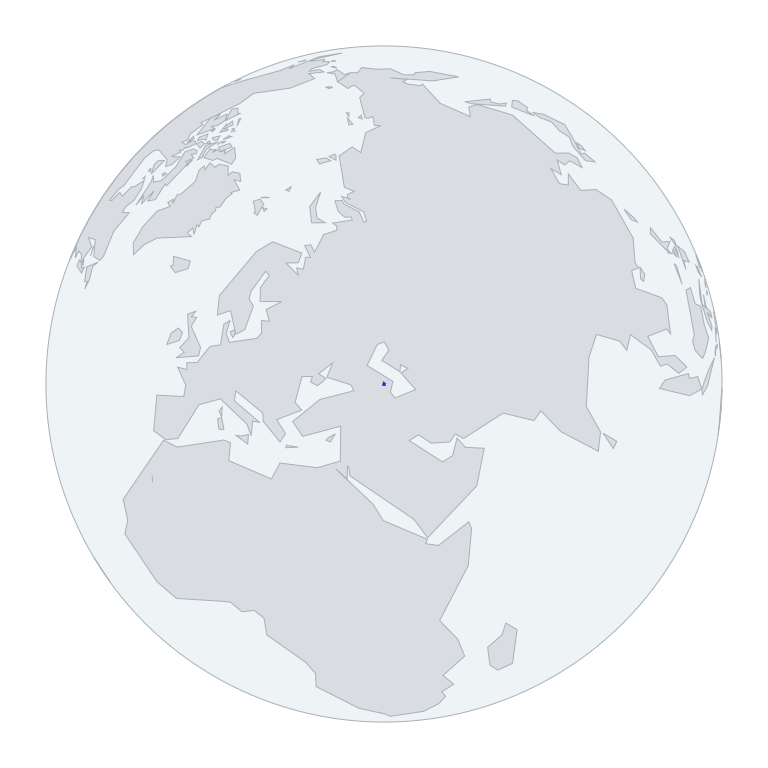 globe centered on Ağsu, rotated 334°
{"feature_id": "AZE-1693", "entity_name": "Ağsu", "entity_type": "District", "adm_level": 1, "iso_a3": "AZE", "parent_name": "Azerbaijan", "parent_adm1": "", "projection": "orthographic", "projection_center": [48.381, 40.536], "detail": "fine", "context": "on_globe", "style": "filled", "palette": "violet", "viewbox_px": 768, "rotation_deg": 334, "n_neighbors": 0, "source": "natural_earth", "source_scale": "10m", "svg_char_len": 11273}
<svg xmlns="http://www.w3.org/2000/svg" viewBox="0 0 768 768"><g transform="rotate(334 384 384)"><circle cx="384" cy="384" r="338" fill="#eef3f6" stroke="#a8b0b8"/><path d="M351.3,47.7L361.5,46.9L368.4,46.5L391.7,50.0L427.9,56.7L443.5,57.8L436.9,59.0L469.3,61.5L491.6,68.2L463.7,61.5L458.9,61.6L472.8,66.1L470.8,67.4L476.4,70.5L472.8,71.9L456.8,68.9L454.1,70.0L464.1,73.2L466.8,77.2L452.5,72.2L455.7,79.1L429.6,77.0L394.4,65.6L377.1,68.7L333.8,69.0L335.0,71.5L319.4,74.3L315.1,78.4L308.3,78.1L310.7,81.8L317.8,81.4L321.2,83.1L319.3,85.7L310.2,85.4L309.9,84.1L306.2,85.5L302.5,84.3L303.3,86.4L292.6,86.3L300.3,90.5L289.3,93.8L283.0,92.8L287.5,87.5L284.2,74.7L279.3,73.4L267.6,76.1L237.5,91.5L230.4,92.9L217.8,98.6L219.9,99.8L230.4,95.9L231.2,100.4L244.0,96.0L246.2,97.5L257.8,95.9L251.7,102.1L239.6,109.4L229.7,111.4L224.0,114.9L230.0,118.4L208.2,128.2L188.0,146.1L182.9,148.5L179.0,142.2L187.7,127.7L182.7,122.8L181.5,132.5L168.6,139.5L164.6,143.8L162.8,147.6L166.0,147.6L160.7,151.8L159.8,143.0L164.6,139.0L164.9,141.6L168.9,135.2L168.2,130.7L161.7,135.4L167.6,126.1L163.0,129.6L161.7,130.1L168.6,124.8L156.4,134.5L157.8,133.0L176.1,117.6L195.5,103.6L215.7,90.9L236.9,79.8L258.7,70.1L281.2,62.1L304.3,55.6L327.7,50.8L351.3,47.7ZM47.3,412.9L49.7,432.8L51.1,441.9L47.3,412.9ZM363.8,46.7L371.8,46.4L361.9,46.8L356.3,47.2L363.8,46.7ZM389.6,47.1L384.5,47.2L382.4,46.5L386.0,46.6L389.6,47.1ZM455.2,58.8L447.5,56.9L455.6,58.4L455.2,58.8ZM477.8,70.8L480.6,71.1L482.3,72.7L477.8,70.8ZM260.3,92.7L259.0,94.3L257.5,93.7L260.3,92.7ZM266.5,90.7L265.7,89.0L268.5,87.8L269.0,88.9L266.5,90.7ZM478.3,76.5L480.2,79.4L475.5,75.8L478.3,76.5ZM266.9,93.2L273.7,86.0L278.7,84.2L284.6,86.9L266.9,93.2ZM479.5,80.7L484.2,88.6L490.8,89.6L474.7,91.9L476.0,84.0L469.2,79.2L476.0,81.4L479.5,80.7ZM320.8,80.2L313.2,80.7L321.3,77.9L320.8,80.2ZM325.2,78.1L345.2,68.7L355.4,69.8L346.7,72.4L361.4,72.5L356.6,77.5L347.4,78.7L341.7,76.8L344.2,80.3L325.2,78.1ZM465.0,92.4L463.8,94.1L462.0,91.8L465.0,92.4ZM323.2,83.5L326.3,81.3L335.4,82.0L330.8,86.7L329.3,84.9L323.2,83.5ZM367.6,70.3L373.6,71.9L371.3,76.4L373.3,77.7L357.3,77.8L367.6,70.3ZM326.3,86.1L328.3,89.1L322.2,91.3L320.7,85.8L326.3,86.1ZM339.7,80.3L343.8,81.0L340.0,82.1L339.7,80.3ZM301.9,101.8L305.4,98.5L310.5,98.5L301.9,101.8ZM329.4,90.1L331.5,89.3L333.9,89.1L333.9,91.6L329.4,90.1ZM356.9,81.1L354.7,82.8L363.3,81.3L361.9,85.0L351.5,84.5L355.4,86.3L355.0,87.5L347.0,85.9L356.9,81.1ZM341.1,93.6L327.3,95.0L319.7,100.6L314.9,100.7L328.1,91.6L341.1,93.6ZM345.2,89.1L341.6,91.8L337.6,90.2L337.6,87.4L345.2,89.1ZM364.8,87.8L369.5,82.2L371.6,82.6L364.8,87.8ZM339.6,95.5L343.0,95.1L339.5,96.0L339.6,95.5ZM357.9,90.4L359.3,88.2L361.7,88.7L357.9,90.4ZM348.5,96.5L344.1,96.8L343.9,94.8L348.5,96.5ZM353.5,93.9L356.4,95.0L346.5,93.8L353.7,92.8L353.5,93.9ZM360.0,91.1L361.8,90.7L359.0,92.0L360.0,91.1ZM351.5,104.3L339.2,103.3L338.9,98.6L350.9,100.2L351.5,104.3ZM93.2,462.1L85.4,405.1L94.0,394.0L99.0,373.3L161.3,337.9L170.7,350.2L215.4,364.1L220.3,369.5L210.9,384.9L241.2,420.0L255.8,409.4L287.3,430.0L310.9,434.1L326.6,402.9L288.0,395.4L285.4,377.7L319.6,369.8L353.9,376.9L354.0,370.4L335.7,353.0L347.1,342.5L329.8,346.1L334.2,353.6L323.5,356.5L318.8,349.8L323.0,346.1L313.7,341.3L296.0,361.5L298.6,371.4L271.9,369.0L273.7,385.5L265.2,390.6L259.1,364.7L262.3,356.7L247.9,325.3L242.1,333.3L255.3,363.8L249.6,359.9L241.8,372.3L243.2,359.8L230.4,325.6L208.6,321.5L174.8,342.6L163.4,338.4L156.6,324.9L175.0,294.4L198.5,307.5L205.4,298.1L205.9,278.4L213.0,284.5L216.1,278.5L225.5,282.8L243.9,274.0L254.2,277.1L266.4,259.9L273.4,259.5L264.2,269.5L263.3,278.7L289.5,287.2L296.1,284.7L301.9,273.2L308.4,277.5L310.7,265.4L328.3,265.1L308.8,255.6L315.2,243.2L328.5,236.1L327.1,230.7L305.4,242.3L299.9,248.7L300.8,256.7L282.7,274.1L272.6,274.4L278.3,250.7L264.5,248.9L274.9,232.3L327.1,209.1L346.3,207.4L367.5,230.3L360.1,237.4L348.9,232.3L354.6,248.4L356.4,241.5L361.8,245.5L369.2,235.7L373.4,238.1L373.4,224.9L379.3,226.8L379.3,235.1L395.3,223.3L409.1,225.1L410.7,221.3L408.5,216.9L427.4,222.7L427.8,219.7L421.7,216.6L418.5,208.9L420.2,197.9L426.7,200.5L426.9,204.8L437.1,218.3L436.8,230.1L439.6,230.1L441.4,220.6L429.0,204.0L428.2,196.8L435.2,203.6L432.6,200.5L434.2,197.8L441.8,197.7L434.6,189.9L443.7,159.3L459.3,157.0L464.6,165.9L477.7,150.0L494.4,150.4L488.7,147.3L491.3,138.7L486.1,138.3L483.6,136.2L487.7,116.0L493.6,114.0L489.0,103.4L486.1,102.0L481.5,102.8L474.7,91.9L490.8,89.6L496.6,92.7L502.8,89.8L515.0,97.7L527.9,103.5L537.5,115.0L546.9,119.3L548.3,117.8L562.1,123.1L585.7,140.7L560.6,132.9L523.9,111.6L538.4,120.4L533.3,120.6L537.4,125.4L547.7,131.9L550.0,131.2L557.5,156.3L578.8,181.5L581.6,172.3L590.6,173.9L617.4,198.7L639.1,251.5L651.4,257.5L656.9,265.4L656.9,276.3L648.8,264.9L642.4,266.3L637.8,258.7L635.1,273.6L628.4,263.5L629.5,280.8L636.9,286.0L641.8,275.9L645.7,296.3L659.7,302.1L669.2,318.1L671.9,362.0L662.8,385.0L663.9,391.2L656.3,390.6L652.2,408.3L671.3,428.1L672.9,436.9L663.5,464.6L662.2,458.6L642.0,456.8L642.6,479.7L658.1,486.0L663.6,501.5L653.6,503.6L647.5,490.3L640.3,489.2L639.1,470.3L627.2,447.7L616.9,460.2L614.7,448.8L596.7,432.6L580.1,449.6L556.0,492.9L557.6,522.1L547.1,538.4L522.1,504.4L513.3,477.0L502.7,482.6L478.3,462.4L431.7,467.9L426.4,460.3L417.4,464.9L400.4,457.8L392.8,444.8L381.9,445.9L402.4,479.7L414.2,478.5L426.0,464.6L429.4,476.6L445.9,485.7L422.7,516.2L355.8,541.3L351.7,519.1L313.1,451.5L315.6,444.3L315.6,443.4L315.2,441.9L309.3,453.2L303.4,439.3L321.5,487.3L323.4,506.4L354.9,542.6L351.3,545.7L362.2,553.0L399.7,545.1L399.4,552.2L380.2,584.1L330.3,621.0L338.4,645.7L337.2,664.0L309.3,671.8L315.0,684.3L301.1,685.9L302.4,691.7L293.1,695.3L276.3,695.6L244.1,685.5L239.5,680.4L219.4,664.6L190.4,626.3L195.6,614.1L191.6,599.8L168.7,558.2L173.5,541.7L168.1,530.6L156.4,526.4L150.4,512.8L143.6,508.5L103.5,485.8L93.2,462.1ZM135.6,364.7L132.9,370.6L135.6,364.7ZM387.8,401.4L410.0,402.9L404.2,381.5L412.3,380.5L407.3,373.9L403.7,380.0L392.3,361.8L403.3,355.7L402.8,346.3L395.3,345.5L376.9,359.9L393.1,385.5L386.2,394.1L387.8,401.4ZM168.7,140.0L168.6,140.9L165.7,145.2L165.1,144.0L168.7,140.0ZM165.2,160.9L156.7,167.3L162.3,161.6L159.7,160.8L168.3,148.4L180.7,149.1L173.5,150.7L165.2,160.9ZM183.2,133.2L176.4,140.3L183.4,132.6L183.2,133.2ZM223.9,243.6L225.4,249.6L219.2,255.1L206.2,253.3L214.9,245.0L223.9,243.6ZM228.9,257.0L238.1,235.1L246.6,236.1L240.3,239.1L244.9,241.9L236.0,247.7L235.1,270.8L229.6,277.4L208.5,269.2L218.4,267.9L216.4,261.8L228.9,257.0ZM246.7,184.6L250.8,177.1L263.8,188.5L258.5,194.4L245.2,192.4L243.6,184.4L246.7,184.6ZM276.0,100.2L276.8,98.0L279.3,97.8L280.7,99.6L276.0,100.2ZM303.1,100.3L275.5,110.5L274.9,108.3L259.4,118.0L251.9,116.0L262.2,109.6L244.7,115.9L251.0,109.3L239.4,114.5L263.1,100.4L268.0,95.4L265.4,101.6L272.2,103.4L276.6,102.7L292.8,97.2L306.8,88.1L315.8,89.2L318.4,92.3L316.4,94.7L311.2,93.1L312.3,97.4L303.3,97.0L303.1,100.3ZM344.0,139.1L338.8,134.6L339.4,146.5L330.4,144.7L331.0,146.2L322.8,148.1L314.0,153.2L310.5,151.5L308.6,154.3L303.2,155.9L299.3,159.3L291.7,157.6L286.4,161.7L285.8,158.6L278.8,166.4L280.6,159.9L273.7,161.9L275.6,167.1L243.7,153.3L229.0,153.7L215.6,158.0L220.5,147.3L236.2,136.9L256.0,129.1L269.5,130.7L269.3,126.0L275.7,125.5L273.2,129.4L280.9,123.3L285.5,124.1L303.2,119.3L311.4,110.8L318.1,109.2L317.1,113.0L324.4,108.9L327.2,115.1L332.1,114.2L339.6,119.9L335.1,128.3L340.8,126.8L346.8,131.5L344.0,139.1ZM353.4,106.0L349.9,115.6L343.3,119.6L332.9,108.1L328.1,108.0L321.2,101.6L331.0,96.2L332.0,98.4L335.4,99.4L331.0,100.7L337.0,100.4L338.7,103.7L343.8,104.5L341.3,107.2L353.4,106.0ZM228.5,365.5L232.7,368.1L240.0,370.0L235.2,378.2L228.5,365.5ZM219.2,342.3L223.4,342.9L220.2,354.6L215.8,352.3L219.2,342.3ZM228.5,333.6L223.9,342.0L223.8,336.1L228.5,333.6ZM268.4,269.7L273.2,269.9L272.6,272.8L268.7,276.2L268.4,269.7ZM344.0,176.8L342.1,172.9L344.2,171.9L346.7,162.5L353.6,163.4L354.8,169.5L344.0,176.8ZM318.5,407.5L310.1,412.6L307.2,408.9L310.7,407.9L318.5,407.5ZM269.4,396.2L279.3,403.2L268.0,398.3L269.4,396.2ZM351.9,176.3L352.2,172.2L355.5,175.3L351.9,176.3ZM358.8,163.7L363.1,166.5L354.7,162.5L358.8,163.7ZM395.9,663.2L377.1,691.4L360.8,691.0L356.0,683.2L361.7,666.1L380.1,661.2L388.7,652.3L395.9,663.2ZM698.3,498.6L701.2,493.9L700.9,495.2L698.3,498.6ZM695.4,500.7L699.3,494.5L694.2,504.3L695.4,500.7ZM700.8,492.0L704.7,483.0L706.4,478.2L705.7,481.1L700.8,492.0ZM692.5,505.2L673.7,527.8L665.3,533.4L668.0,527.2L681.5,514.1L692.5,505.2ZM667.3,527.8L653.6,528.5L629.7,508.8L638.4,503.7L662.3,508.1L661.0,513.0L669.3,514.8L667.3,527.8ZM697.6,472.3L696.0,484.9L686.3,496.8L681.5,500.6L678.3,490.0L680.2,480.5L684.4,476.1L696.6,432.0L701.7,431.7L698.8,448.3L702.7,452.8L697.6,472.3ZM559.3,524.2L568.1,537.5L561.9,542.6L559.3,524.2ZM698.7,406.2L695.7,425.2L697.5,403.0L698.7,406.2ZM698.0,387.5L699.6,392.9L696.4,390.4L698.0,387.5ZM666.5,399.6L662.3,405.7L660.8,401.7L665.3,391.4L666.5,399.6ZM676.3,331.9L681.6,344.4L682.7,349.6L678.1,344.5L676.3,331.9ZM411.2,183.7L400.0,195.2L396.5,205.3L401.8,213.2L389.6,207.4L395.0,191.9L411.2,183.7ZM439.0,161.8L434.4,155.6L439.5,155.6L441.2,157.0L439.0,161.8ZM434.0,160.0L422.5,157.9L421.9,152.7L431.1,155.4L434.0,160.0ZM387.0,166.0L383.2,169.2L380.6,166.5L387.0,166.0ZM658.7,580.9L658.9,580.5L659.3,580.0L658.7,580.9ZM661.8,576.4L667.8,566.8L686.2,535.3L674.7,556.3L661.8,576.4ZM698.0,509.0L703.5,493.9L703.7,493.5L698.0,509.0ZM705.3,485.3L710.4,468.4L712.1,463.1L705.3,485.3ZM720.1,419.0L719.6,423.0L719.4,421.1L720.5,411.8L718.7,418.2L720.9,404.3L720.9,410.3L721.0,409.2L720.1,419.0ZM714.8,441.3L714.4,444.7L713.5,445.3L714.8,441.3ZM716.1,435.8L718.2,430.1L715.7,439.1L716.1,435.8ZM705.0,451.5L706.3,456.1L710.3,443.7L707.2,456.2L709.0,462.4L707.7,468.5L706.1,461.4L704.0,476.1L702.1,479.3L701.9,470.2L704.4,453.2L706.2,444.1L713.0,427.5L705.0,451.5ZM716.5,427.2L715.7,421.3L716.1,414.1L717.0,415.9L716.5,427.2ZM711.7,408.1L707.7,404.5L705.5,413.6L708.5,389.0L712.1,396.6L711.7,408.1ZM706.1,391.9L704.2,400.3L705.2,387.2L706.1,391.9ZM702.8,398.4L701.1,392.1L703.4,389.1L702.8,398.4ZM707.3,389.6L705.2,377.0L707.7,381.8L707.3,389.6ZM696.2,378.5L703.6,381.2L696.5,387.5L689.3,365.7L691.9,360.5L696.2,378.5ZM667.1,262.5L662.7,257.5L663.1,251.7L666.0,256.8L667.1,262.5ZM660.2,230.3L661.7,248.6L662.2,264.3L665.2,264.0L671.0,276.8L663.0,271.6L657.9,253.1L658.7,243.2L652.7,233.4L649.5,222.0L640.6,212.6L637.2,205.6L645.5,211.3L660.2,230.3ZM636.7,209.1L620.2,191.0L623.7,185.4L628.2,188.1L634.3,198.5L632.0,200.8L636.7,209.1ZM617.2,185.2L614.9,187.5L585.6,170.5L580.3,165.7L604.5,174.5L603.6,177.3L610.1,182.8L617.2,185.2ZM467.4,95.0L464.1,94.2L466.9,93.5L467.4,95.0ZM480.7,136.3L477.8,133.4L481.2,132.4L480.7,136.3ZM471.5,125.0L469.7,128.2L469.0,123.7L471.5,125.0ZM466.0,135.7L467.7,128.9L469.9,137.0L466.0,135.7Z" fill="#d9dde1" stroke="#a8b0b8" stroke-width="1"/><path d="M384.4,385.2L384.3,385.3L384.3,385.5L384.1,385.4L384.0,385.2L383.9,385.1L383.7,384.9L383.7,384.6L383.4,384.6L383.2,384.7L383.1,384.8L383.0,384.7L382.9,384.6L382.6,384.5L382.7,384.3L382.8,384.0L383.0,383.9L383.1,383.7L383.3,383.6L383.4,383.4L383.5,383.4L383.9,383.2L384.1,383.0L384.3,382.8L384.4,382.5L384.6,382.8L384.7,383.0L384.6,383.3L384.3,383.6L384.2,383.8L384.4,384.0L384.5,384.1L384.9,384.1L385.0,384.1L385.2,384.3L384.8,384.5L384.6,384.7L384.6,384.8L384.6,385.0L384.4,385.2Z" fill="#8b5cf6" stroke="#5b21b6" stroke-width="1.5"/></g></svg>